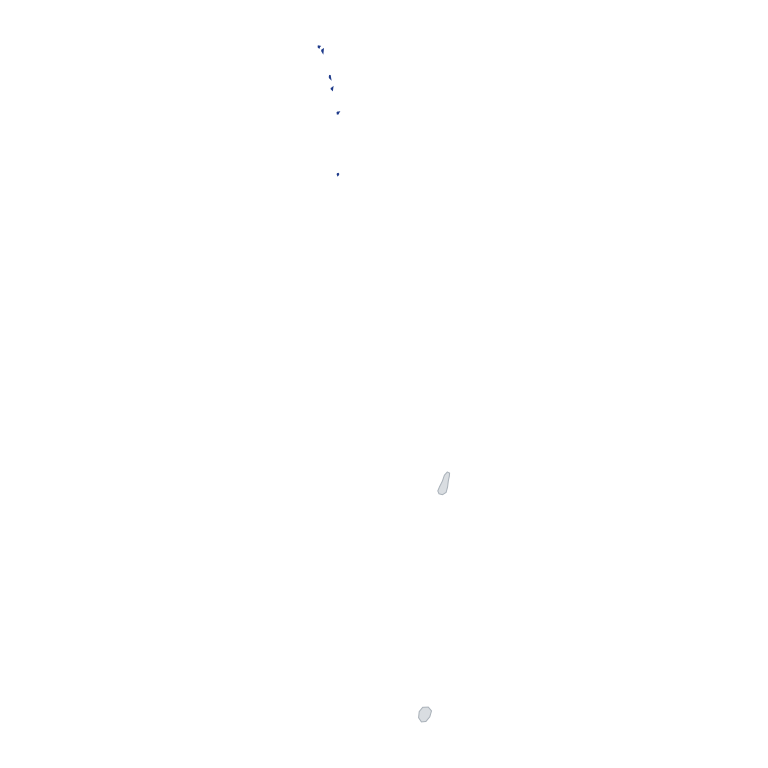 Raa highlighted on a map of Maldives
{"feature_id": "MDV-5226", "entity_name": "Raa", "entity_type": "Atoll", "adm_level": 1, "iso_a3": "MDV", "parent_name": "Maldives", "parent_adm1": "", "projection": "natural_earth1", "projection_center": [72.972, 5.719], "detail": "coarse", "context": "in_parent", "style": "filled", "palette": "blue", "viewbox_px": 768, "rotation_deg": 0, "n_neighbors": 0, "source": "natural_earth", "source_scale": "10m", "svg_char_len": 977}
<svg xmlns="http://www.w3.org/2000/svg" viewBox="0 0 768 768"><path d="M446.1,492.4L442.5,494.7L439.0,493.8L437.8,490.9L439.6,486.6L442.4,481.1L444.4,475.2L447.3,472.0L449.6,473.1L449.3,476.4L448.3,481.0L447.6,486.9L446.1,492.4ZM425.9,721.5L421.4,721.9L418.6,717.7L419.2,711.6L422.7,707.3L428.3,707.1L431.5,710.9L429.8,716.8L425.9,721.5Z" fill="#d9dde1" stroke="#a8b0b8" stroke-width="1"/><path d="M323.1,49.4L322.8,52.4L321.9,50.9L322.0,50.1L323.1,49.4ZM329.9,75.1L330.5,78.6L329.7,77.8L329.5,77.0L329.9,75.1ZM332.6,87.6L332.3,89.8L331.7,89.2L331.4,88.9L331.4,88.4L332.0,88.1L332.6,87.6ZM338.8,112.2L338.4,112.8L338.2,113.3L338.1,113.7L337.5,113.8L337.3,112.6L337.6,112.3L338.2,112.3L338.8,112.2ZM319.7,46.4L319.3,46.8L319.2,47.4L319.1,47.7L318.8,47.5L318.5,47.3L318.4,46.2L318.7,46.1L319.2,46.3L319.7,46.4ZM338.8,173.6L338.7,173.6L338.5,174.1L338.1,175.0L337.8,175.3L337.4,174.2L337.6,173.8L338.2,173.8L338.8,173.6Z" fill="#3b82f6" stroke="#1e3a8a" stroke-width="1.5"/></svg>